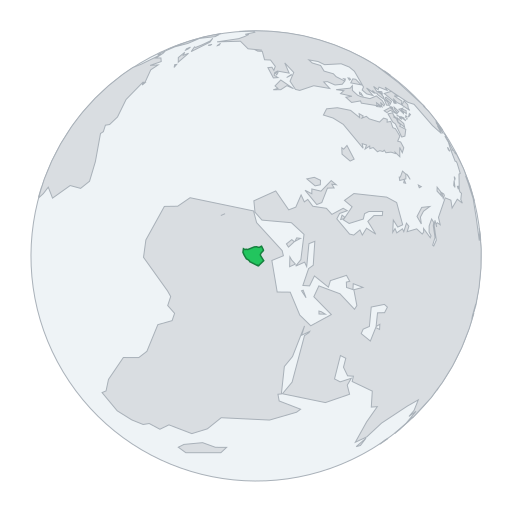 Ouargla on an orthographic globe, rotated 59°
{"feature_id": "DZA-2194", "entity_name": "Ouargla", "entity_type": "Province", "adm_level": 1, "iso_a3": "DZA", "parent_name": "Algeria", "parent_adm1": "", "projection": "orthographic", "projection_center": [6.675, 30.952], "detail": "fine", "context": "on_globe", "style": "filled", "palette": "green", "viewbox_px": 512, "rotation_deg": 59, "n_neighbors": 0, "source": "natural_earth", "source_scale": "10m", "svg_char_len": 10452}
<svg xmlns="http://www.w3.org/2000/svg" viewBox="0 0 512 512"><g transform="rotate(59 256 256)"><circle cx="256" cy="256" r="225" fill="#eef3f6" stroke="#a8b0b8"/><path d="M142.3,61.5L143.3,61.0L137.3,64.6L142.0,61.8L149.8,57.4L153.8,55.3L180.7,44.6L207.6,36.6L213.5,34.9L214.2,35.2L220.3,33.6L223.5,33.1L223.4,33.1L232.9,31.9L234.9,31.8L240.6,31.3L242.1,31.5L234.4,32.7L235.2,33.0L241.9,32.3L247.6,32.4L237.6,33.4L246.5,34.0L235.3,37.5L207.4,42.4L202.6,46.6L177.8,58.4L181.6,58.3L174.6,63.6L176.3,65.7L171.2,67.9L177.0,67.7L181.3,65.4L185.3,64.7L186.7,65.9L180.4,68.6L178.8,68.5L177.7,69.9L174.0,70.9L176.6,71.1L168.9,74.7L178.6,73.1L174.1,77.6L168.4,79.5L166.5,76.8L148.4,76.5L142.1,78.7L135.1,84.0L127.3,98.7L121.3,102.6L115.1,109.7L119.5,108.4L126.0,102.5L132.6,102.4L139.7,95.8L143.5,95.0L151.8,89.8L153.2,93.6L150.1,100.2L143.3,105.0L141.7,108.3L150.4,106.5L139.8,118.8L136.6,133.2L133.5,136.4L123.7,136.8L118.1,129.1L105.3,131.9L116.3,133.4L108.5,142.4L108.4,145.5L110.4,147.3L114.4,145.3L112.3,149.4L100.7,148.8L102.4,145.1L106.1,145.1L103.4,141.8L95.5,142.6L92.2,147.6L83.8,145.2L81.3,149.0L78.1,151.0L82.6,144.9L74.3,156.1L63.9,158.7L52.4,179.1L60.8,158.9L62.0,152.9L62.4,148.0L60.4,151.1L63.6,141.9L61.9,142.2L54.8,154.7L62.6,140.5L71.4,126.9L81.2,113.9L91.8,101.7L103.3,90.4L115.6,79.8L128.6,70.2L142.3,61.5ZM47.3,171.2L45.0,178.1L47.2,173.7L46.9,178.1L40.4,192.2L38.7,204.9L34.9,217.8L33.5,228.0L34.4,231.2L34.7,239.9L37.3,235.5L40.5,237.1L38.1,248.6L41.8,241.5L42.2,250.3L50.0,261.7L48.8,263.4L54.9,286.7L65.5,303.1L67.9,313.8L66.3,317.7L70.8,322.8L70.9,326.2L92.4,345.1L106.2,360.2L107.7,371.5L99.9,379.0L101.6,400.6L90.0,398.6L93.0,406.2L94.2,412.2L86.4,404.3L93.4,412.0L80.8,397.6L69.4,382.2L59.3,365.8L50.7,348.7L49.5,346.1L45.6,336.4L43.2,330.0L37.9,312.6L34.1,294.9L31.7,276.9L31.4,272.1L31.0,264.4L32.5,255.5L34.0,238.3L33.9,233.5L32.7,236.6L34.3,218.0L37.3,203.4L41.3,187.8L47.3,171.2ZM49.0,185.2L47.4,206.3L45.1,201.0L46.1,200.4L47.2,193.5L48.1,184.5L47.1,180.9L49.0,185.2ZM55.5,179.5L55.5,176.8L55.9,178.6L55.5,179.5ZM155.3,54.5L149.8,57.4L142.0,61.7L146.4,59.2L155.3,54.5ZM170.4,47.7L168.4,48.7L163.3,50.7L166.1,49.5L170.4,47.7ZM215.4,34.4L212.4,35.0L213.7,34.7L215.4,34.4ZM241.1,31.3L241.9,31.2L244.6,31.1L241.1,31.3ZM150.4,88.2L151.1,89.0L149.2,89.5L150.4,88.2ZM153.4,85.3L150.8,85.4L151.8,84.1L153.4,84.1L153.4,85.3ZM249.2,31.4L253.2,31.5L247.8,31.5L249.2,31.4ZM156.4,85.6L154.0,81.8L155.9,79.5L163.5,77.7L156.4,85.6ZM254.7,31.7L264.5,32.6L267.1,32.3L265.4,34.4L257.6,32.5L250.5,32.4L254.7,32.1L254.7,31.7ZM182.1,64.2L177.5,66.7L180.0,63.6L182.1,64.2ZM182.7,62.4L184.6,55.0L192.0,52.3L189.9,55.1L198.4,51.1L201.1,53.4L197.0,56.1L191.7,57.3L196.7,57.3L182.7,62.4ZM262.9,35.7L264.1,36.3L261.4,35.9L262.9,35.7ZM187.0,64.2L186.8,62.7L193.2,60.2L194.9,62.6L192.3,62.6L187.0,64.2ZM199.3,49.2L204.4,48.0L207.9,49.4L210.4,49.2L201.8,53.2L199.3,49.2ZM191.5,63.8L195.6,64.0L193.9,66.4L187.7,65.4L191.5,63.8ZM194.1,58.6L197.2,57.6L196.1,58.9L194.1,58.6ZM190.0,75.6L189.5,73.6L192.8,72.0L190.0,75.6ZM197.2,64.0L197.8,63.2L199.0,62.4L201.3,63.1L197.2,64.0ZM204.9,54.1L205.3,55.1L208.6,52.5L211.4,53.8L205.1,56.4L209.0,55.8L209.8,56.2L203.8,57.9L204.9,54.1ZM207.3,61.7L200.3,65.9L200.5,69.9L197.5,71.3L197.8,64.7L207.3,61.7ZM205.8,59.2L206.1,61.0L202.3,61.7L199.7,60.9L205.8,59.2ZM215.5,53.8L212.9,51.2L214.3,50.7L215.5,53.8ZM208.1,62.6L209.8,61.6L208.5,62.8L208.1,62.6ZM214.1,56.3L212.9,55.3L214.6,54.8L214.1,56.3ZM214.1,60.5L211.8,61.8L210.0,61.2L214.1,60.5ZM214.7,58.5L217.3,58.0L210.7,60.3L213.9,58.1L214.7,58.5ZM215.9,56.0L216.5,55.4L216.1,56.5L215.9,56.0ZM222.2,62.3L214.4,65.2L210.4,63.8L218.5,61.1L222.2,62.3ZM321.3,40.4L319.1,39.8L295.2,35.1L305.5,36.8L305.0,37.1L309.8,38.3L316.9,39.9L316.6,39.5L337.2,47.8L357.9,56.7L352.0,52.9L354.1,53.4L366.0,59.4L382.4,69.5L398.0,81.1L412.5,93.9L408.4,90.1L415.7,97.5L410.3,92.4L418.6,101.2L421.5,103.7L417.2,98.6L426.7,109.1L427.8,110.3L440.5,126.8L451.6,144.3L461.1,162.8L460.8,162.4L465.3,173.3L467.6,178.6L475.5,205.5L474.7,204.5L478.1,219.9L478.7,222.3L479.6,228.7L479.5,227.4L479.1,226.5L476.7,213.5L471.5,198.8L472.3,207.5L469.8,200.1L462.9,191.0L462.6,203.4L463.9,234.4L468.1,254.2L466.8,266.8L455.1,246.5L447.6,229.6L444.9,235.0L431.7,225.9L413.1,238.2L409.2,234.4L405.9,239.2L396.4,238.3L389.9,231.7L384.8,234.9L401.8,252.0L407.2,248.7L409.9,237.3L413.7,244.3L422.7,247.0L417.4,272.0L387.7,304.3L382.7,290.0L349.2,255.4L349.0,250.2L348.8,249.7L348.3,248.8L347.4,257.6L340.9,250.4L361.0,276.5L365.3,288.6L387.3,305.3L385.8,308.4L392.2,310.8L410.3,296.7L410.8,301.7L403.6,328.9L376.7,369.1L379.1,386.7L375.2,402.5L355.9,417.6L355.0,427.6L344.6,433.8L342.3,439.5L332.5,446.9L317.2,454.7L293.8,458.3L294.4,454.0L285.8,446.0L274.7,422.0L282.7,408.8L281.5,398.6L264.3,375.5L268.2,361.2L263.2,355.3L253.0,357.2L246.8,350.0L240.4,349.8L199.2,353.1L185.5,342.1L166.3,309.0L173.0,297.5L172.1,282.5L216.1,234.9L227.7,238.3L264.9,230.8L269.9,232.4L268.0,244.7L297.8,256.4L304.6,245.3L329.2,248.9L344.0,245.0L345.0,221.6L320.7,227.4L314.0,217.5L331.6,203.5L352.4,199.0L350.5,195.1L335.3,189.5L338.0,180.5L329.8,186.9L334.7,190.2L329.6,194.6L324.9,192.0L326.0,188.7L319.2,188.4L315.4,204.9L320.0,210.0L303.2,216.2L309.2,225.5L305.4,231.0L293.9,217.4L293.4,211.7L273.7,198.0L272.7,204.3L291.2,218.0L286.3,217.5L285.1,227.2L282.2,219.4L262.2,203.7L245.7,208.5L228.3,232.4L217.9,234.3L207.6,229.4L210.4,205.6L233.3,204.2L234.6,196.7L226.9,185.9L234.5,186.7L234.2,182.5L242.6,181.7L251.4,171.1L259.4,169.5L260.0,156.7L264.2,154.4L262.6,162.4L265.8,167.6L285.4,164.5L288.4,161.4L287.2,153.5L292.8,154.1L289.1,146.9L299.0,142.1L283.9,142.3L282.1,134.1L286.4,126.9L283.1,124.5L276.0,136.3L275.6,141.1L279.6,145.0L276.1,159.4L270.0,162.5L263.3,148.3L253.9,151.5L252.9,139.9L272.8,113.7L282.6,107.9L304.8,114.2L304.2,119.6L295.9,119.8L306.1,126.6L304.1,122.7L308.7,123.4L308.1,116.5L311.3,116.8L305.3,110.1L309.2,109.6L313.0,113.9L315.5,104.3L322.8,102.2L321.8,99.9L318.7,98.2L330.1,97.2L328.9,95.6L324.6,95.3L319.4,92.1L314.7,86.4L318.9,86.4L321.2,88.4L332.3,93.0L337.7,99.0L339.0,98.5L335.3,93.3L321.7,87.6L317.6,84.2L324.2,86.2L321.5,85.2L320.8,83.5L324.1,82.0L316.9,79.7L303.6,63.9L308.5,60.2L315.9,63.2L311.0,54.2L317.0,51.9L313.1,51.4L308.1,47.6L306.2,48.2L304.0,47.7L290.3,39.8L290.4,38.4L280.1,35.8L278.0,35.7L277.4,36.5L265.4,34.4L267.1,32.3L271.6,32.4L269.6,31.5L280.1,32.4L287.8,33.1L300.4,35.4L305.5,36.3L304.1,35.9L305.9,36.3L321.3,40.4ZM203.8,260.7L203.2,265.3L203.8,260.7ZM376.7,205.8L387.8,201.8L379.0,190.2L382.6,187.9L378.3,185.0L378.3,189.4L367.3,181.1L370.8,175.0L367.5,169.7L363.6,170.9L359.1,183.5L374.8,195.1L373.9,201.8L376.7,205.8ZM50.3,261.9L50.9,265.5L49.5,263.7L50.3,261.9ZM43.2,204.6L43.6,207.3L43.3,210.3L42.6,209.0L43.2,204.6ZM50.9,225.3L52.2,229.1L50.1,227.1L50.9,225.3ZM47.5,209.4L49.8,222.8L45.9,220.4L44.7,212.2L46.5,215.1L47.5,209.4ZM51.9,184.7L51.8,187.0L50.7,188.6L51.9,184.7ZM55.8,180.9L55.5,180.5L56.3,178.1L55.8,180.9ZM109.2,142.4L110.1,142.6L111.4,145.0L109.3,145.2L109.2,142.4ZM126.2,149.1L122.4,155.6L123.6,150.9L120.0,152.1L117.9,144.1L131.9,137.7L125.9,141.8L126.2,149.1ZM119.1,132.5L118.8,137.8L118.6,132.3L119.1,132.5ZM224.3,161.7L228.1,164.2L226.3,169.2L216.1,172.7L218.6,165.5L224.3,161.7ZM233.9,166.9L230.1,152.7L236.3,150.5L233.5,154.0L237.9,154.0L234.6,159.8L244.1,172.1L243.2,177.4L224.9,180.1L231.4,176.1L227.3,173.6L233.9,166.9ZM209.6,125.8L208.1,121.1L223.5,122.0L223.1,126.4L213.0,129.8L207.4,126.7L209.6,125.8ZM170.5,83.8L168.9,83.0L170.6,82.1L173.4,82.1L170.5,83.8ZM189.5,74.8L179.2,87.0L176.9,86.5L173.6,95.0L166.2,97.2L168.5,91.5L160.4,99.9L159.5,95.6L154.7,101.6L160.7,88.7L159.6,85.7L163.7,88.1L170.5,86.1L173.1,84.3L179.8,77.3L180.8,70.4L187.8,67.8L192.4,67.8L193.2,69.1L188.4,70.2L193.0,71.1L186.7,73.8L189.5,74.8ZM242.8,77.4L236.9,76.9L245.0,81.6L238.7,83.3L240.0,83.7L236.5,86.8L234.4,91.4L231.3,91.6L231.8,93.4L229.5,95.6L229.2,98.2L223.4,99.7L222.6,103.1L220.3,101.9L220.5,107.4L217.8,104.1L214.4,107.1L218.8,108.7L188.1,113.4L177.4,118.9L169.9,125.6L166.2,119.7L170.8,109.9L179.9,99.9L190.8,95.9L187.1,94.3L191.2,92.0L192.4,94.2L193.1,89.5L196.8,88.3L204.8,81.1L203.5,75.6L206.4,73.1L208.8,74.7L210.0,71.2L216.5,72.6L218.7,70.9L227.3,70.9L230.5,75.4L232.8,73.3L239.4,73.6L242.8,77.4ZM224.6,62.4L229.9,66.6L229.1,69.8L214.5,68.5L211.6,69.8L202.2,69.7L203.6,65.2L206.2,65.6L209.0,65.0L207.4,66.6L210.7,64.9L214.4,65.5L217.9,64.4L218.7,66.0L224.6,62.4ZM274.2,227.4L277.8,227.5L283.2,226.4L282.5,232.7L274.2,227.4ZM260.4,216.9L263.5,215.8L265.1,223.6L261.3,223.7L260.4,216.9ZM263.8,208.8L263.5,215.1L261.4,211.8L263.8,208.8ZM265.3,161.2L268.5,159.9L269.3,161.7L268.3,164.6L265.3,161.2ZM265.3,93.9L262.1,92.6L262.7,91.6L258.7,86.7L263.0,85.4L267.1,87.8L265.3,93.9ZM341.6,226.5L338.2,231.9L335.6,230.4L337.3,228.8L341.6,226.5ZM309.6,233.2L317.6,234.6L309.3,234.9L309.6,233.2ZM269.3,91.7L267.2,89.7L270.7,90.3L269.3,91.7ZM265.9,84.3L269.8,84.4L263.0,84.7L265.9,84.3ZM406.5,387.4L388.4,417.5L379.9,421.1L380.4,414.8L388.5,397.9L399.1,389.3L404.9,379.8L406.5,387.4ZM481.1,246.9L480.2,240.3L480.3,236.7L480.5,237.8L481.1,246.9ZM468.8,255.5L472.2,264.1L471.0,268.3L468.8,255.5ZM464.3,170.2L463.9,169.3L463.6,168.5L464.3,170.2ZM303.1,81.5L303.9,89.4L307.3,95.0L313.7,97.8L305.0,97.6L299.7,88.9L303.1,81.5ZM303.1,65.9L297.5,64.1L299.6,63.1L301.2,63.4L303.1,65.9ZM299.9,66.1L293.6,67.4L290.3,65.3L295.9,64.6L299.9,66.1ZM281.7,78.6L281.6,80.9L278.8,80.3L281.7,78.6ZM358.6,55.5L351.2,52.1L347.2,50.4L352.4,52.4L358.6,55.5ZM266.1,36.0L264.3,36.3L264.6,35.7L266.1,36.0ZM303.0,48.2L300.0,47.5L300.4,46.6L303.0,48.2ZM291.9,45.3L293.5,46.7L290.0,45.2L291.9,45.3ZM297.4,50.2L293.3,47.3L299.7,50.1L297.4,50.2Z" fill="#d9dde1" stroke="#a8b0b8" stroke-width="1"/><path d="M264.0,251.8L264.1,252.3L264.2,252.7L264.3,253.1L264.4,253.6L264.5,254.0L264.6,254.4L264.7,254.8L264.8,255.3L264.9,255.7L265.0,256.1L265.1,256.6L265.2,257.0L265.3,257.4L265.4,257.9L265.6,258.3L265.7,258.7L264.9,259.2L265.0,259.3L265.2,259.5L257.6,264.3L256.9,264.2L256.4,264.2L255.1,264.7L253.5,265.7L249.3,265.7L246.1,265.3L243.3,263.0L244.6,262.3L244.8,262.1L245.1,261.0L245.3,260.8L245.5,260.5L245.9,260.1L246.2,259.7L247.2,253.5L247.4,252.6L247.8,251.9L248.0,251.4L248.2,251.0L248.3,250.8L248.4,250.7L248.9,250.3L249.6,249.7L250.4,248.5L250.3,247.0L250.5,246.6L250.5,246.2L254.4,246.5L255.0,246.7L255.3,247.3L256.0,249.9L256.2,250.2L256.6,250.9L256.8,251.3L257.2,251.7L257.6,251.8L258.1,251.9L264.0,251.8L264.0,251.8Z" fill="#22c55e" stroke="#15803d" stroke-width="1.5"/></g></svg>